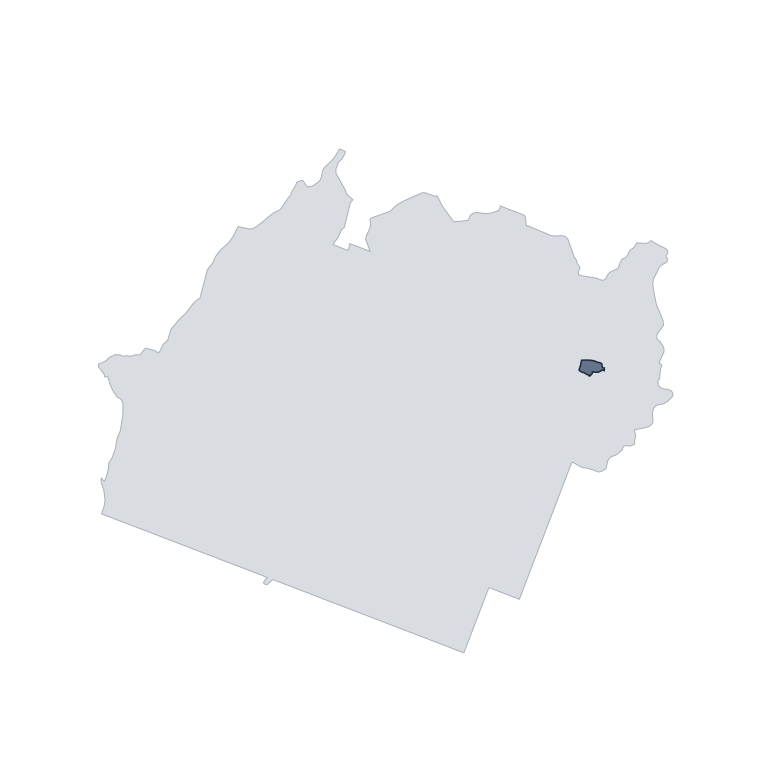 Sharg Aj Jabal, Southern Darfur, Sudan shown in context, rotated 201°
{"feature_id": "16777658B39782725929705", "entity_name": "Sharg Aj Jabal", "entity_type": "district", "adm_level": 2, "iso_a3": "SDN", "parent_name": "Sudan", "parent_adm1": "Southern Darfur", "projection": "mercator", "projection_center": [24.504, 12.892], "detail": "fine", "context": "in_parent", "style": "filled", "palette": "slate", "viewbox_px": 768, "rotation_deg": 201, "n_neighbors": 0, "source": "geoboundaries", "source_scale": "gbopen_adm2", "svg_char_len": 5321}
<svg xmlns="http://www.w3.org/2000/svg" viewBox="0 0 768 768"><g transform="rotate(201 384 384)"><path d="M510.0,587.4L503.8,587.4L503.2,585.9L503.3,581.9L504.0,578.9L506.2,574.2L505.7,571.5L506.0,567.8L504.4,563.6L489.8,551.3L486.9,547.9L479.0,544.8L480.4,541.4L477.2,516.2L478.8,513.3L479.2,508.9L479.2,505.0L481.1,498.6L481.3,495.9L465.7,495.7L465.5,498.5L466.2,501.6L466.2,502.8L444.5,502.9L453.2,512.8L453.6,517.1L453.1,522.5L453.2,525.9L453.7,528.2L456.0,532.6L455.9,533.4L455.3,534.5L440.0,547.6L437.4,553.7L435.4,556.9L430.9,562.2L416.9,576.2L414.6,577.2L403.9,577.6L402.8,578.0L402.0,578.6L401.6,578.5L392.4,570.3L377.0,560.4L366.8,565.5L364.0,567.4L364.0,572.2L362.5,574.6L359.7,577.2L352.2,578.9L348.3,580.3L343.6,583.0L339.0,587.5L338.7,589.8L339.2,591.9L313.3,591.8L311.5,590.1L307.8,582.8L305.1,583.2L281.5,582.4L278.1,583.1L271.3,586.2L267.9,586.7L264.4,585.3L251.9,570.7L249.2,569.0L246.4,565.5L243.8,564.0L242.9,562.9L242.6,561.3L242.7,558.1L241.8,556.1L239.8,555.6L223.1,559.0L220.7,558.6L217.2,559.2L216.0,559.8L214.6,561.8L214.3,565.8L213.9,567.7L212.6,569.9L207.8,574.9L206.8,577.0L207.0,582.5L206.7,585.2L206.0,586.5L203.9,588.6L203.1,589.8L202.3,596.7L199.7,600.9L199.1,602.4L198.9,605.5L198.5,606.4L191.0,608.8L188.1,610.3L186.4,612.7L186.0,613.7L182.7,612.8L178.6,612.2L170.7,611.5L167.6,610.4L166.1,608.7L166.5,604.5L165.8,603.6L164.5,602.9L163.6,601.1L163.8,598.9L168.0,594.0L168.8,591.4L169.9,579.2L169.6,575.4L166.3,568.6L158.7,556.7L156.9,554.4L147.4,544.6L146.3,543.2L144.0,539.1L146.5,530.0L146.7,527.5L146.0,524.9L143.6,523.0L141.5,522.8L138.7,520.3L136.8,519.2L135.2,517.1L134.1,514.1L134.9,503.4L134.3,502.0L131.9,501.6L131.3,500.8L131.4,498.8L130.1,492.7L128.6,487.6L129.4,484.9L127.4,481.0L123.5,479.4L115.9,480.7L113.6,480.5L111.9,479.7L110.8,478.3L110.2,476.7L110.7,474.2L112.9,469.7L115.6,465.9L121.1,462.5L122.5,460.7L123.4,458.6L123.5,456.3L123.1,453.9L122.5,451.6L120.9,448.7L119.4,445.2L119.4,442.9L120.1,441.2L121.6,439.1L127.0,435.2L132.5,431.8L133.5,430.7L133.1,429.3L130.6,426.6L129.8,421.3L128.4,417.6L131.2,414.8L133.3,413.8L136.5,413.0L137.8,411.8L138.2,409.6L138.1,407.4L139.2,405.9L140.8,402.5L142.1,400.9L146.3,397.0L147.3,394.4L147.5,391.9L146.4,384.4L148.8,381.3L152.0,378.7L156.5,378.8L163.5,378.3L168.2,377.2L171.6,377.2L179.4,378.6L180.2,378.0L180.6,376.0L180.5,231.5L212.7,231.5L213.1,231.2L213.1,161.6L416.4,161.6L418.0,161.4L421.2,154.8L422.6,154.3L424.7,154.7L425.4,156.2L423.7,161.6L601.1,161.5L601.5,169.6L602.9,176.0L607.9,185.1L612.2,190.0L613.7,192.7L613.9,194.0L613.7,195.1L612.4,193.8L610.2,192.9L609.9,197.1L610.9,205.9L612.7,212.0L611.4,217.6L611.6,227.1L613.8,238.5L613.4,245.8L617.1,262.8L620.7,272.1L622.6,274.5L624.8,275.7L629.1,276.5L635.4,281.2L640.3,286.3L642.1,288.9L644.5,291.8L646.1,291.3L647.1,290.5L648.8,292.8L656.6,297.8L657.8,300.2L655.0,302.5L651.7,306.4L650.1,310.0L649.2,311.2L646.6,313.5L646.2,314.6L645.1,315.3L643.8,315.3L641.1,316.6L638.7,316.2L636.3,316.9L635.4,317.7L633.4,318.5L630.8,318.9L626.7,322.0L623.1,323.5L621.9,324.7L620.1,330.8L618.7,332.4L613.4,332.6L610.8,333.1L607.3,332.5L605.6,332.5L605.1,333.8L604.5,339.1L604.6,341.4L601.6,347.3L602.5,358.5L599.6,366.9L599.2,368.8L596.3,375.4L594.8,377.9L591.1,390.2L589.7,394.0L586.6,398.0L589.8,427.5L587.1,436.5L587.2,441.4L585.4,448.7L584.0,452.0L581.6,456.1L579.6,460.6L577.9,466.6L576.7,477.8L576.2,478.8L566.8,480.2L563.9,481.0L561.9,482.3L559.5,485.2L554.7,493.1L552.2,497.9L548.3,504.5L543.7,509.2L542.7,511.5L542.0,515.7L540.3,522.4L538.8,527.2L539.0,531.0L537.6,537.7L537.8,540.9L536.2,542.7L534.0,544.4L532.6,544.8L526.1,540.4L521.5,543.4L518.6,547.7L516.4,552.1L517.7,561.2L517.6,563.3L516.9,565.4L512.6,574.4L511.3,578.5L510.0,585.7L510.0,587.4Z" fill="#d9dde1" stroke="#a8b0b8" stroke-width="1"/><path d="M207.0,467.3L207.0,467.2L206.9,467.2L206.7,466.9L206.5,466.7L206.4,466.7L206.0,466.4L205.9,466.4L205.7,466.4L205.2,466.4L204.9,466.3L204.8,466.2L204.7,466.2L204.4,466.1L204.2,466.1L203.9,466.1L203.7,466.0L203.4,466.0L203.2,466.0L202.8,465.9L202.7,466.0L202.4,466.1L202.2,466.2L201.9,466.2L201.7,466.3L201.6,466.2L201.4,466.2L201.1,466.2L200.9,466.2L200.5,466.1L200.4,466.1L200.2,466.1L199.9,466.0L199.7,465.9L199.4,465.9L199.2,465.8L198.9,465.8L198.2,465.7L197.9,465.7L197.7,465.7L197.4,465.6L197.0,465.6L196.9,465.6L196.5,465.6L196.3,465.5L196.1,465.5L195.8,465.5L195.7,465.4L195.7,465.5L195.6,465.8L195.4,465.8L195.4,465.7L195.2,465.6L195.1,465.4L194.9,465.3L194.8,465.5L194.7,465.6L194.4,465.8L194.2,466.0L194.1,466.3L194.0,466.6L194.0,466.8L193.9,466.9L193.9,467.1L193.8,467.4L193.8,467.5L193.7,467.8L193.6,468.0L193.4,468.2L193.4,468.3L193.4,468.5L193.4,468.8L193.5,469.1L193.6,469.6L193.8,470.0L193.2,470.2L192.2,470.4L191.9,470.5L191.4,470.6L190.8,470.8L190.3,471.0L190.1,471.1L189.9,471.1L188.5,471.7L188.0,471.9L186.5,473.5L186.4,473.6L186.3,474.0L186.2,474.2L186.2,474.3L186.0,474.5L185.9,474.7L185.9,474.8L185.5,474.9L185.1,474.9L184.5,475.4L184.4,475.4L183.9,475.4L183.2,475.4L183.6,476.6L184.0,477.9L185.3,477.6L186.2,478.1L187.0,479.3L187.5,480.3L188.1,481.0L189.0,481.3L190.6,481.2L191.8,480.9L195.0,480.9L196.4,480.9L197.8,480.6L199.5,480.3L200.8,479.8L203.1,479.1L205.7,478.0L208.1,477.0L208.0,476.5L207.8,475.2L207.1,471.0L207.1,468.9L207.0,468.6L207.0,467.5L207.0,467.3Z" fill="#64748b" stroke="#1e293b" stroke-width="1.5"/></g></svg>